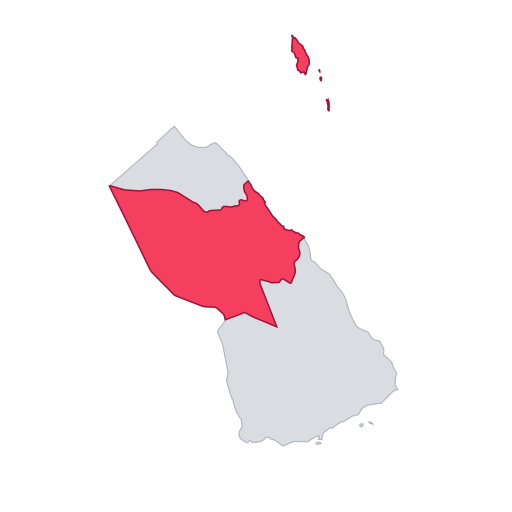 Hadramawt on a map of Yemen (orthographic projection), rotated 252°
{"feature_id": "YEM-3497", "entity_name": "Hadramawt", "entity_type": "Governorate", "adm_level": 1, "iso_a3": "YEM", "parent_name": "Yemen", "parent_adm1": "", "projection": "orthographic", "projection_center": [51.058, 15.554], "detail": "fine", "context": "in_parent", "style": "filled", "palette": "rose", "viewbox_px": 512, "rotation_deg": 252, "n_neighbors": 0, "source": "natural_earth", "source_scale": "10m", "svg_char_len": 7557}
<svg xmlns="http://www.w3.org/2000/svg" viewBox="0 0 512 512"><g transform="rotate(252 256 256)"><path d="M404.7,218.4L388.1,224.6L383.8,227.3L379.8,230.7L376.9,234.9L374.8,242.3L376.4,249.0L376.3,252.6L372.0,255.0L368.0,256.8L363.6,259.4L360.8,260.1L358.6,262.2L356.1,263.7L346.8,267.5L336.6,270.4L320.4,273.9L314.2,277.7L308.4,280.3L299.8,281.0L287.9,284.6L281.3,287.4L273.1,292.1L271.2,293.6L269.8,297.0L267.2,300.0L262.2,304.9L258.5,307.4L256.0,307.5L251.2,308.8L245.5,309.0L235.9,307.2L233.4,308.3L231.4,310.2L224.0,313.5L216.4,320.1L210.8,321.8L201.9,323.8L195.7,326.4L191.5,327.5L186.1,328.0L176.2,327.5L166.7,328.3L157.9,329.9L153.8,333.4L149.0,339.0L141.3,341.2L139.4,343.2L137.0,347.3L132.0,348.3L127.5,348.8L123.0,346.9L114.2,351.7L110.9,352.4L106.0,352.4L102.4,353.4L99.9,353.0L96.8,350.9L90.2,348.3L85.3,349.7L85.1,344.9L77.4,329.9L79.5,317.2L79.6,315.4L78.2,309.6L73.5,304.2L73.9,297.6L72.5,292.8L71.4,287.9L71.8,286.7L71.9,285.5L69.8,277.9L69.0,276.4L68.8,274.8L69.6,273.6L69.6,272.2L68.4,269.9L67.2,265.5L60.9,261.8L62.3,258.6L63.5,259.8L65.2,260.8L65.6,258.8L65.7,257.2L63.4,247.4L67.9,234.6L67.0,222.9L73.3,218.4L74.9,217.1L75.9,215.9L77.4,213.3L79.4,212.5L80.2,209.7L80.2,208.3L79.0,207.1L78.2,203.8L78.6,199.6L79.0,197.9L79.8,194.8L82.0,193.7L82.5,192.8L81.0,190.7L81.2,189.5L84.9,186.3L86.4,185.4L88.7,184.4L90.6,184.5L92.6,185.2L94.5,186.2L96.2,187.9L98.1,189.9L101.0,190.8L103.1,190.7L104.7,191.6L106.1,191.1L107.7,190.2L110.2,190.4L112.5,189.3L119.0,189.0L125.3,189.5L131.8,188.8L138.3,189.0L144.9,189.3L146.3,189.5L147.7,190.1L153.2,193.2L157.4,193.9L165.8,194.9L174.8,196.0L182.6,196.9L189.2,196.4L194.8,195.9L196.2,196.1L197.9,197.9L201.1,202.6L204.1,206.9L209.6,207.3L213.2,205.7L217.1,203.5L219.5,201.8L222.4,194.8L224.2,190.3L228.4,185.3L231.8,181.1L236.4,175.5L238.9,172.4L243.9,166.3L248.7,164.0L257.7,159.4L266.6,155.0L272.4,152.1L277.3,150.8L285.6,149.7L295.2,148.4L304.9,147.0L315.2,145.6L326.6,144.0L334.5,142.9L344.5,141.5L352.8,140.3L360.2,139.2L367.8,138.1L369.3,141.5L370.8,144.9L372.2,148.4L373.7,151.8L375.1,155.2L376.6,158.6L378.1,162.0L379.5,165.4L381.0,168.9L382.5,172.3L383.9,175.7L385.4,179.1L386.9,182.5L388.3,185.9L389.8,189.3L391.3,192.8L392.7,196.1L395.1,197.2L396.5,200.3L398.5,204.8L400.6,209.3L402.6,213.9L404.7,218.4ZM428.5,355.7L430.6,356.1L433.7,354.9L442.7,354.6L453.6,358.2L451.6,359.3L450.4,360.7L445.6,362.0L440.9,365.0L427.2,366.6L423.1,365.9L419.8,363.1L413.6,359.4L416.0,357.1L416.5,356.0L417.4,354.9L420.9,353.1L424.4,353.3L428.5,355.7ZM63.6,305.2L63.1,305.9L62.5,305.7L60.5,303.8L62.8,301.9L64.0,303.8L63.6,305.2ZM58.8,259.3L57.7,260.0L57.4,258.7L58.2,255.7L59.3,254.9L60.0,257.1L59.5,258.3L58.8,259.3ZM62.2,314.3L60.0,315.3L61.6,312.6L63.1,312.1L63.5,312.2L62.2,314.3Z" fill="#d9dde1" stroke="#a8b0b8" stroke-width="1"/><path d="M367.9,138.1L368.1,138.7L359.3,151.8L353.7,166.0L351.8,176.3L348.7,186.0L344.7,195.0L340.4,201.4L327.2,212.3L324.7,215.3L322.0,217.1L316.3,219.5L314.9,220.3L314.1,221.0L313.4,221.9L312.8,223.2L312.9,224.0L313.2,224.7L313.5,226.0L310.9,235.9L310.8,237.2L311.3,237.8L311.8,238.3L312.5,238.7L312.9,239.6L313.1,240.8L311.8,244.3L311.2,245.3L310.7,245.9L310.4,247.1L310.4,248.0L310.0,248.9L310.1,249.9L310.2,250.7L310.2,251.3L309.9,252.0L309.7,252.9L309.4,254.3L309.7,255.5L310.3,256.2L311.3,256.5L312.2,256.6L313.6,257.0L313.9,257.4L314.1,258.1L314.0,259.4L313.6,260.0L313.1,260.4L312.5,261.5L312.0,262.1L311.6,262.7L311.5,263.3L311.5,263.9L311.7,264.5L312.2,265.1L314.3,265.8L315.9,265.9L318.5,265.6L319.3,265.4L320.1,265.1L322.3,265.0L324.5,265.6L326.3,265.9L327.1,266.3L327.7,267.1L328.0,267.8L328.4,268.4L328.6,269.3L329.0,269.9L329.2,270.5L329.5,271.0L329.5,271.7L329.6,271.9L324.9,273.2L321.3,273.5L318.2,274.8L317.3,275.4L314.8,277.5L314.3,277.8L312.9,278.0L311.0,279.1L308.9,280.6L308.4,280.6L307.8,280.3L306.9,280.5L305.5,281.1L304.9,281.3L304.6,281.4L304.3,281.4L304.1,280.7L303.9,280.3L303.6,280.3L303.1,280.5L301.0,280.7L296.2,282.2L288.9,284.1L285.0,286.2L283.6,286.8L282.1,287.0L281.4,287.4L280.1,288.3L277.3,289.5L276.0,290.5L275.7,291.5L275.4,291.5L274.9,291.2L274.2,291.0L273.4,291.1L272.7,291.4L272.2,291.9L270.6,294.3L269.9,295.5L269.6,296.9L269.9,297.1L269.9,297.4L269.8,297.9L269.7,298.1L269.3,298.3L267.9,298.9L267.6,299.1L267.4,299.9L267.0,300.2L266.4,300.3L265.8,300.6L265.7,300.8L265.6,301.1L265.6,301.9L265.5,302.1L265.2,302.3L265.0,302.5L264.6,303.4L264.1,303.8L262.8,304.3L260.8,306.8L260.2,307.2L259.6,307.5L259.4,307.6L259.2,307.7L258.9,307.6L258.6,307.6L258.6,307.3L258.5,306.9L258.3,306.2L257.4,304.5L257.2,303.9L257.1,303.3L256.8,302.7L256.3,301.9L255.6,301.1L252.6,299.6L249.8,298.8L247.2,298.9L245.0,298.6L242.6,297.4L241.0,295.7L240.5,294.8L239.7,293.7L239.4,292.6L238.7,291.3L238.1,290.5L237.3,290.0L236.4,289.7L234.0,289.6L230.6,289.0L228.0,288.1L225.5,286.3L223.2,284.0L219.6,281.3L219.3,280.5L220.1,279.5L225.6,275.0L226.1,274.0L226.1,273.0L224.7,271.1L223.9,270.2L223.9,269.4L224.0,268.4L225.0,265.5L225.1,264.7L225.4,263.5L226.2,261.8L227.7,260.1L232.1,253.4L231.7,252.3L228.7,251.2L182.2,253.9L198.9,234.4L205.8,227.8L204.8,207.1L209.1,207.4L210.2,207.2L211.2,206.9L215.2,204.6L219.0,202.4L220.0,201.1L222.3,195.1L224.0,190.9L224.5,189.8L227.8,185.9L232.7,179.8L238.0,173.4L241.0,169.7L243.6,166.6L244.4,166.1L248.6,164.0L254.2,161.2L260.5,158.0L266.1,155.2L270.8,152.9L272.2,152.1L275.3,151.1L279.5,150.5L284.7,149.8L289.9,149.1L295.1,148.4L300.3,147.7L305.5,147.0L310.7,146.3L315.9,145.5L321.2,144.8L326.4,144.1L331.6,143.4L336.8,142.6L342.0,141.9L347.2,141.1L352.4,140.4L357.6,139.6L362.8,138.9L367.9,138.1ZM452.2,358.6L453.1,358.4L453.8,358.0L454.1,358.1L454.6,358.3L454.2,358.7L453.2,359.0L452.5,359.3L451.8,359.4L451.5,359.7L451.4,360.6L450.0,361.2L448.9,361.5L447.5,362.1L446.0,362.0L444.8,362.5L444.5,362.7L443.9,363.6L443.6,363.8L442.7,364.2L441.8,365.0L441.3,365.3L440.3,365.2L438.7,365.4L438.2,365.3L437.6,365.5L436.9,366.1L436.1,365.9L435.6,365.7L434.6,366.0L433.1,366.2L429.1,367.1L427.6,367.2L425.6,367.1L423.8,366.5L422.3,366.1L421.6,365.5L421.0,364.8L420.5,364.1L420.0,363.4L419.1,363.1L417.7,362.2L414.2,360.0L413.4,359.3L413.3,359.1L413.6,358.8L414.5,359.1L415.2,359.0L415.9,358.6L416.1,358.5L416.1,358.2L416.4,357.5L416.5,357.2L416.3,355.2L416.8,355.0L417.3,354.9L418.7,354.6L419.0,354.1L419.4,353.6L419.7,353.2L420.4,353.2L422.2,353.5L423.3,353.6L424.1,353.5L424.9,353.4L426.2,354.6L428.5,356.3L430.1,356.7L431.3,357.0L432.0,356.1L432.3,355.3L433.2,355.1L433.9,355.2L434.5,355.4L435.6,355.3L436.7,355.3L438.0,354.6L438.4,354.4L439.2,353.9L439.6,353.4L440.4,353.3L440.9,353.8L441.4,354.1L442.1,354.6L442.6,354.4L443.0,354.2L443.2,354.3L443.5,354.7L443.8,355.0L444.4,355.0L445.2,355.1L445.5,355.6L446.0,355.8L447.2,356.3L448.5,356.6L449.9,357.3L450.6,357.5L452.2,358.6ZM379.3,371.1L380.3,371.5L382.2,371.1L382.7,371.2L382.8,371.5L382.4,371.7L382.0,372.1L382.3,372.3L382.6,372.9L381.7,372.7L381.3,372.8L380.7,373.0L379.1,372.7L377.7,372.6L377.5,372.3L377.1,371.8L376.9,371.8L376.7,371.8L376.0,372.0L375.6,372.1L375.1,371.4L375.0,371.2L374.9,371.3L374.2,371.0L373.7,371.1L373.4,371.2L373.1,371.0L373.0,370.9L371.9,370.4L371.7,370.0L372.2,369.8L372.7,369.7L373.6,369.7L374.5,370.0L375.6,370.7L376.3,370.9L376.9,370.9L377.8,371.1L379.3,371.1ZM404.9,371.8L405.4,371.8L405.9,372.1L406.1,372.7L406.0,373.2L405.6,373.3L405.0,373.4L404.0,373.0L403.4,372.4L402.6,372.2L402.8,371.9L403.3,371.7L403.7,371.8L404.1,371.6L404.4,371.6L404.9,371.8ZM411.5,373.6L412.1,373.3L412.8,373.3L413.1,373.5L413.5,373.6L413.5,373.9L412.5,373.8L412.0,373.8L411.5,373.6Z" fill="#f43f5e" stroke="#9f1239" stroke-width="1.5"/></g></svg>